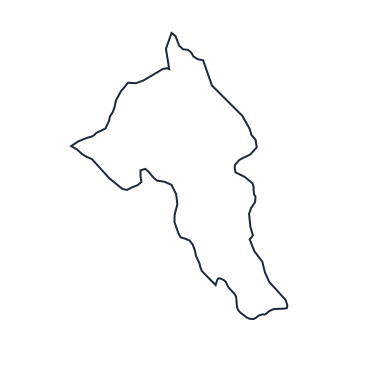 map outline of Agri (Robinson projection), rotated 60°
{"feature_id": "TUR-2307", "entity_name": "Agri", "entity_type": "Province", "adm_level": 1, "iso_a3": "TUR", "parent_name": "Turkey", "parent_adm1": "", "projection": "robinson", "projection_center": [43.45, 39.496], "detail": "fine", "context": "isolated", "style": "outline", "palette": "slate", "viewbox_px": 384, "rotation_deg": 60, "n_neighbors": 0, "source": "natural_earth", "source_scale": "10m", "svg_char_len": 1622}
<svg xmlns="http://www.w3.org/2000/svg" viewBox="0 0 384 384"><g transform="rotate(60 192 192)"><path d="M339.9,167.7L339.9,168.4L339.1,170.5L334.6,179.0L334.0,181.2L333.8,184.0L334.0,186.3L334.5,188.4L334.4,190.4L333.1,192.4L332.4,196.1L332.9,199.2L332.8,202.2L330.6,205.5L328.0,207.3L321.0,210.3L318.0,211.0L314.5,210.7L305.1,206.3L301.9,206.0L294.6,207.8L291.4,208.1L288.4,207.8L286.3,207.8L284.3,208.5L281.5,210.2L280.0,212.2L280.8,214.2L284.4,218.1L265.3,223.0L260.1,222.1L257.9,221.3L249.8,220.6L243.2,218.5L238.1,217.7L232.9,218.3L229.1,221.2L225.6,224.5L220.9,224.4L209.2,222.2L203.1,218.5L195.3,210.8L185.9,206.8L175.5,206.2L169.6,210.5L164.5,216.7L160.0,218.2L151.9,219.7L148.6,220.9L147.5,225.8L152.6,228.7L158.0,230.8L158.9,235.8L158.0,241.6L157.7,247.3L154.4,250.8L138.6,256.8L113.5,262.2L108.9,265.6L104.1,268.3L97.7,270.3L91.8,273.7L91.3,265.2L92.4,257.0L93.9,250.6L93.8,248.0L93.0,245.8L93.7,235.1L88.9,228.3L85.5,225.2L83.2,220.6L79.1,216.0L74.8,212.3L69.2,203.1L65.4,192.7L69.8,186.1L71.1,178.3L70.9,155.9L72.4,151.5L74.2,150.3L55.0,143.0L44.1,130.2L48.8,128.3L58.9,130.0L63.9,128.4L66.9,124.5L70.0,123.2L71.8,122.9L75.4,123.0L79.9,120.6L83.6,116.5L109.8,121.5L151.3,110.3L166.1,110.5L172.3,112.0L178.5,110.8L185.7,113.6L188.7,123.0L188.0,130.9L187.9,134.8L189.9,141.0L192.0,142.8L196.7,144.5L205.3,138.8L214.5,135.3L218.8,136.2L220.6,137.5L225.2,139.4L227.9,139.4L232.3,142.4L235.3,148.6L239.4,153.5L251.5,158.9L260.0,160.9L261.0,163.2L261.8,165.7L274.3,167.6L287.7,166.0L297.9,169.0L308.3,170.1L332.4,164.9L337.8,166.1L339.9,167.7L339.9,167.7Z" fill="none" stroke="#1e293b" stroke-width="2"/></g></svg>